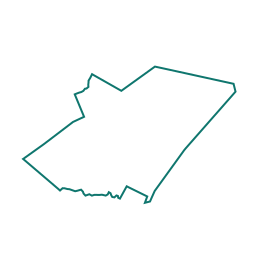 Marcos Parente, Piauí, Brazil (Natural Earth projection), rotated 206°
{"feature_id": "56859067B36922386289934", "entity_name": "Marcos Parente", "entity_type": "district", "adm_level": 2, "iso_a3": "BRA", "parent_name": "Brazil", "parent_adm1": "Piauí", "projection": "natural_earth1", "projection_center": [-43.865, -7.082], "detail": "fine", "context": "isolated", "style": "outline", "palette": "teal", "viewbox_px": 256, "rotation_deg": 206, "n_neighbors": 0, "source": "geoboundaries", "source_scale": "gbopen_adm2", "svg_char_len": 873}
<svg xmlns="http://www.w3.org/2000/svg" viewBox="0 0 256 256"><g transform="rotate(206 128 128)"><path d="M113.7,60.3L111.9,59.1L109.8,59.7L108.8,62.3L107.3,62.5L106.2,61.0L104.3,61.0L103.6,75.0L80.7,74.9L80.0,68.2L76.0,71.6L76.2,76.3L76.4,83.1L67.8,132.6L67.2,135.1L47.3,207.8L52.5,214.0L116.8,198.4L130.7,195.0L150.3,158.5L183.9,160.6L183.9,158.9L183.9,156.6L184.2,153.3L183.4,151.5L182.7,149.5L181.6,147.6L182.6,145.3L183.9,144.4L184.4,141.8L185.7,139.9L187.5,138.3L189.1,136.6L190.6,134.9L172.4,118.8L180.1,109.3L191.6,86.4L196.7,76.3L208.7,54.2L164.1,42.7L161.7,42.0L160.4,45.2L158.6,46.0L155.6,46.6L153.9,47.3L147.8,48.0L145.9,49.5L144.5,50.8L143.1,52.0L140.6,51.0L139.2,49.6L136.6,48.6L133.7,51.5L130.8,51.4L129.0,53.1L127.2,54.0L124.7,55.1L122.2,56.6L118.4,57.5L117.1,59.4L117.1,61.9L115.1,61.7L113.7,60.3Z" fill="none" stroke="#0f766e" stroke-width="2"/></g></svg>